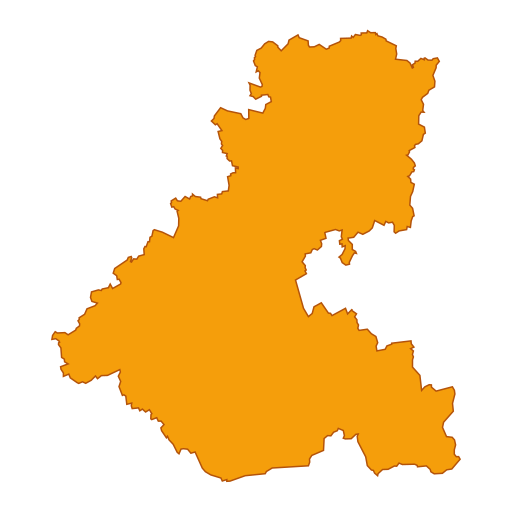 outline of Cappamore-Kilmallock Lea-7, Limerick, Ireland
{"feature_id": "5873133B39771401556272", "entity_name": "Cappamore-Kilmallock Lea-7", "entity_type": "district", "adm_level": 2, "iso_a3": "IRL", "parent_name": "Ireland", "parent_adm1": "Limerick", "projection": "mercator", "projection_center": [-8.418, 52.488], "detail": "fine", "context": "isolated", "style": "filled", "palette": "amber", "viewbox_px": 512, "rotation_deg": 0, "n_neighbors": 0, "source": "geoboundaries", "source_scale": "gbopen_adm2", "svg_char_len": 5991}
<svg xmlns="http://www.w3.org/2000/svg" viewBox="0 0 512 512"><path d="M439.3,61.4L437.4,57.9L433.2,58.7L431.9,60.2L428.1,60.1L425.0,57.9L424.1,58.3L424.2,59.7L420.9,58.4L417.7,61.3L415.2,61.2L415.0,63.1L412.5,64.7L413.4,67.4L412.3,68.0L410.0,63.0L406.9,60.5L395.5,59.2L396.7,54.0L395.8,48.5L396.3,45.8L386.2,40.9L385.9,39.2L382.1,37.0L377.9,35.8L376.9,33.6L375.8,34.5L375.3,32.6L370.6,32.7L367.6,30.7L366.8,32.9L361.2,33.0L361.3,34.8L360.1,35.4L355.4,34.5L353.2,37.4L351.6,36.0L351.1,38.1L340.6,38.4L340.7,40.6L339.4,42.0L329.3,46.2L329.2,48.0L326.3,49.2L319.2,44.4L314.3,46.8L309.5,47.0L308.4,45.2L308.1,40.9L299.2,37.7L298.0,34.9L289.0,40.1L288.1,43.8L281.2,50.8L277.8,47.2L277.8,45.8L272.7,41.9L268.6,41.4L264.7,43.8L261.2,48.1L256.8,50.4L255.1,55.3L255.5,56.7L254.4,57.7L254.6,59.5L253.5,60.9L255.3,65.6L257.4,66.8L256.2,71.9L258.3,70.8L260.0,72.6L259.3,78.1L262.3,84.6L262.0,86.4L260.5,87.1L249.0,82.9L250.1,85.2L250.0,90.2L251.3,93.6L250.0,95.7L253.2,96.6L255.7,99.2L261.5,96.3L261.4,95.2L267.8,94.5L268.8,96.8L270.5,97.1L271.3,101.6L265.8,104.5L265.3,108.4L262.8,113.1L248.7,109.6L248.8,118.4L245.8,119.5L243.0,117.9L240.8,113.7L227.5,110.9L220.6,107.7L214.4,115.9L214.0,118.5L211.4,121.0L215.4,124.8L217.1,123.7L221.9,130.6L218.1,131.5L219.9,138.8L221.7,141.4L221.4,143.9L222.6,145.5L220.8,148.4L222.6,150.4L222.5,152.5L227.2,153.6L226.3,156.0L227.2,156.3L227.1,158.6L229.6,161.0L231.5,160.9L232.5,165.7L238.2,167.0L238.2,168.6L235.4,168.0L235.6,172.7L233.0,172.8L230.6,174.0L230.8,175.7L227.6,176.7L229.1,185.4L228.3,190.9L222.4,191.6L221.7,193.9L217.4,194.4L217.6,197.8L214.4,196.8L208.2,199.2L207.5,200.7L201.0,198.7L200.6,197.2L195.3,196.5L192.5,194.1L192.5,195.9L190.7,196.5L189.6,199.0L185.1,196.5L180.8,201.3L177.4,200.8L175.7,198.1L171.2,200.9L171.5,202.7L170.6,203.5L171.8,207.1L173.7,206.7L175.1,209.0L178.2,210.4L177.1,211.3L178.8,218.4L178.6,225.9L173.5,237.6L162.4,232.2L154.4,229.7L153.1,230.6L151.9,236.2L150.0,237.3L149.5,241.7L148.0,241.7L146.2,246.7L145.0,246.5L143.8,248.8L144.2,254.6L138.7,256.1L136.8,259.1L133.5,258.9L131.5,262.1L130.5,261.6L131.7,257.7L131.2,256.5L128.3,257.4L127.2,260.0L114.7,268.5L113.2,273.2L116.7,275.7L117.3,279.5L119.1,279.2L121.0,282.6L120.6,284.0L112.6,288.5L110.2,284.1L108.4,287.7L102.2,289.0L101.3,290.5L98.4,289.9L91.5,291.9L90.5,297.5L91.9,301.4L97.4,303.1L95.1,305.7L87.0,308.8L84.6,314.3L79.1,317.8L79.3,319.4L78.0,320.8L79.7,323.9L79.5,325.9L76.3,328.3L75.7,330.1L68.1,334.8L64.9,332.6L57.3,333.0L55.2,331.7L52.6,335.4L51.9,339.4L55.8,338.7L58.8,340.8L59.6,342.2L58.6,342.8L58.5,344.6L60.9,347.9L61.6,357.4L64.3,359.1L64.6,361.8L68.1,363.9L60.6,366.7L61.0,369.3L63.4,372.9L63.4,376.4L68.8,374.1L70.3,377.9L77.1,382.6L78.7,383.4L82.5,381.8L85.7,383.3L91.2,380.3L95.5,376.0L97.5,378.7L101.4,375.6L107.5,375.4L119.8,369.6L120.4,372.0L118.3,376.2L120.7,381.4L119.0,386.6L122.4,395.4L123.9,394.8L125.8,396.1L126.8,404.3L131.7,403.1L131.3,405.8L132.2,408.6L138.5,407.9L139.8,410.8L142.4,409.1L145.6,412.0L149.4,409.7L151.8,413.7L151.0,414.6L150.8,418.8L151.7,419.6L156.7,417.7L158.3,421.1L161.1,421.1L164.0,424.6L160.9,427.9L161.6,430.7L166.4,437.8L167.5,436.3L169.0,439.8L173.2,444.3L177.2,452.3L179.0,453.8L181.0,449.1L183.4,448.7L187.6,449.2L190.9,453.2L195.1,452.0L202.3,468.1L205.4,471.7L210.8,474.9L220.9,478.0L222.3,481.0L226.8,479.6L226.8,481.3L230.0,481.1L245.2,475.7L265.2,473.7L266.4,471.5L272.2,468.0L308.4,465.8L309.7,462.1L309.5,459.0L311.8,455.4L323.5,450.4L324.1,438.5L327.6,435.6L330.9,435.8L333.6,432.2L337.3,430.7L338.3,428.4L343.3,430.5L344.4,435.7L343.3,438.2L345.3,438.9L351.2,438.7L355.9,434.3L358.2,434.0L357.2,436.3L357.9,441.7L365.7,456.8L367.3,465.6L371.4,470.0L373.4,470.4L374.6,473.1L377.6,475.7L378.1,473.6L382.6,469.5L388.1,469.3L394.4,466.0L396.7,466.2L399.0,463.1L402.4,464.5L414.6,464.2L417.2,465.4L417.5,466.8L426.4,465.9L430.2,469.4L430.9,471.8L434.2,473.8L442.4,473.3L446.7,469.8L451.8,469.0L460.1,459.2L458.6,456.6L456.3,456.7L454.3,454.2L454.3,449.8L455.6,444.9L454.5,439.9L452.2,437.3L446.5,436.6L442.5,427.4L443.6,422.2L453.3,411.2L452.5,403.4L454.9,394.0L454.4,390.3L452.4,386.8L436.1,391.1L431.5,387.2L431.4,384.9L429.2,384.7L424.9,386.8L421.6,390.4L419.9,375.4L412.5,367.1L412.5,359.8L413.4,356.9L412.4,354.5L413.4,351.0L410.6,348.7L413.9,347.1L411.3,343.8L411.0,340.9L391.7,343.2L391.7,344.2L386.9,345.9L385.2,349.3L376.9,350.9L376.1,346.1L377.7,342.7L375.9,336.5L371.3,333.7L367.3,329.2L359.1,330.4L357.8,328.3L358.5,325.0L357.0,322.5L356.9,319.7L354.6,316.9L356.5,313.8L351.7,310.4L352.2,309.2L347.6,313.9L345.5,308.3L332.0,315.6L330.5,313.3L328.4,313.1L321.3,302.8L314.0,306.8L312.2,313.5L308.4,316.6L303.5,308.3L295.5,280.0L306.4,273.7L305.0,270.9L306.2,270.0L305.1,267.7L305.3,265.6L302.1,261.8L305.4,256.1L305.2,253.9L310.8,252.8L312.3,249.5L314.1,248.7L317.4,250.0L321.4,246.5L321.7,243.8L320.4,240.3L326.0,238.3L324.8,232.7L325.7,232.2L335.5,229.5L339.3,230.9L342.1,230.0L341.3,236.7L342.4,239.2L339.4,240.7L339.8,244.2L342.0,243.9L342.2,246.9L345.2,245.7L345.0,248.8L342.1,254.5L339.0,257.1L340.4,258.1L342.2,262.6L345.8,265.1L349.5,264.2L349.3,262.3L352.5,255.6L354.4,252.9L356.4,253.4L355.6,251.4L352.3,249.5L352.3,244.4L348.4,240.5L348.1,238.1L353.7,237.3L358.0,232.2L362.8,234.3L369.2,231.0L372.3,227.9L374.7,220.5L384.0,225.3L385.8,221.4L388.6,222.9L392.5,222.2L394.3,225.4L394.1,231.8L395.6,233.2L399.2,230.9L406.6,229.6L407.2,226.5L410.4,227.4L411.2,220.9L412.7,216.6L414.1,215.8L412.6,208.3L409.8,205.1L410.5,196.4L412.7,191.6L414.3,184.2L410.9,182.4L410.6,179.1L407.8,176.4L409.5,175.8L411.9,171.9L413.7,171.6L414.4,169.8L413.2,169.0L413.5,167.4L415.3,165.9L414.4,163.0L411.4,159.2L406.6,155.2L408.0,154.8L409.5,151.9L409.2,150.6L414.9,147.5L414.5,145.7L415.5,144.4L418.3,143.8L421.9,140.8L423.4,134.4L425.3,133.1L424.4,127.1L418.6,124.1L418.8,115.7L421.1,112.1L424.0,112.2L422.7,110.5L423.5,104.3L421.2,99.7L422.5,97.3L427.7,93.4L428.9,90.2L434.5,86.9L434.9,81.2L432.9,75.4L436.1,67.8L436.2,65.2L439.3,61.4Z" fill="#f59e0b" stroke="#b45309" stroke-width="1.5"/></svg>